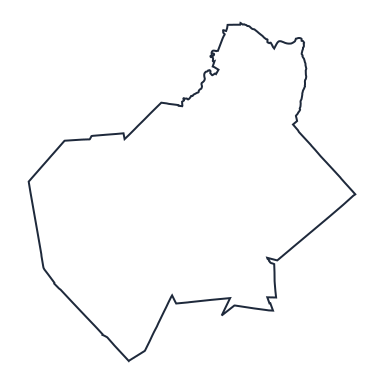 Co Do, Can Tho, Vietnam
{"feature_id": "81297802B1021983329449", "entity_name": "Co Do", "entity_type": "district", "adm_level": 2, "iso_a3": "VNM", "parent_name": "Vietnam", "parent_adm1": "Can Tho", "projection": "natural_earth1", "projection_center": [105.49, 10.13], "detail": "fine", "context": "isolated", "style": "outline", "palette": "slate", "viewbox_px": 384, "rotation_deg": 0, "n_neighbors": 0, "source": "geoboundaries", "source_scale": "gbopen_adm2", "svg_char_len": 5686}
<svg xmlns="http://www.w3.org/2000/svg" viewBox="0 0 384 384"><path d="M320.7,156.3L315.3,150.0L311.4,145.7L311.0,145.1L299.1,132.2L298.6,131.5L298.3,130.8L298.0,130.3L293.0,124.5L297.1,121.0L296.5,118.3L295.9,115.9L296.5,115.0L297.2,114.4L297.5,113.9L297.9,113.3L298.3,112.4L299.0,111.7L300.0,110.0L300.1,109.8L300.1,109.6L299.8,109.0L299.7,108.7L299.8,108.3L300.3,107.0L300.4,106.6L300.5,106.2L300.6,104.7L300.7,103.3L300.5,101.8L300.6,101.3L300.7,100.7L301.2,99.8L301.5,99.2L301.7,98.2L302.0,96.5L302.3,94.6L302.3,93.3L302.8,91.7L302.8,91.2L303.0,90.7L303.4,89.8L304.0,88.7L304.2,88.3L304.4,87.5L304.6,87.1L304.9,86.7L305.0,86.5L305.0,86.2L304.9,85.8L304.8,85.5L305.0,84.6L305.0,83.5L305.0,82.6L304.9,82.0L304.9,81.5L305.1,80.1L305.3,79.8L305.7,79.2L306.0,78.2L306.1,77.7L306.2,76.7L306.2,76.2L306.0,75.4L305.9,74.8L305.8,72.7L305.8,71.6L305.7,70.8L305.9,70.0L306.3,68.7L306.2,68.2L305.5,65.2L305.5,64.2L305.4,63.3L304.9,62.2L304.6,60.9L304.0,58.8L303.6,58.2L303.2,57.7L302.9,57.2L302.5,56.4L302.5,56.1L302.6,55.4L302.4,55.1L301.7,54.1L301.7,53.7L301.7,53.3L302.1,51.9L302.2,51.1L303.0,48.8L303.0,48.3L303.0,47.7L303.2,47.4L303.8,46.7L303.9,45.3L303.9,44.6L303.7,43.9L303.7,43.6L304.1,43.0L304.1,42.7L303.9,42.3L303.2,41.3L302.8,41.0L302.5,40.9L302.1,40.9L301.8,40.9L301.6,40.8L301.6,40.5L301.6,39.5L301.6,39.1L301.5,38.8L301.1,38.5L300.7,38.3L300.0,38.1L299.4,38.0L298.7,38.0L298.0,38.1L297.2,38.4L296.6,38.6L296.1,38.6L295.9,38.7L295.8,38.9L295.5,39.9L295.2,40.8L294.9,41.3L294.4,41.7L293.4,42.4L292.1,43.1L291.1,43.5L289.8,43.6L288.4,43.6L286.9,43.4L285.1,42.9L283.5,42.2L281.1,41.3L280.3,41.2L279.5,41.2L278.7,41.4L277.9,42.1L277.3,42.8L276.4,44.3L274.2,48.5L273.9,48.1L273.3,47.4L272.7,46.5L272.5,45.8L270.8,42.8L270.5,42.7L270.2,42.7L269.4,43.1L269.1,43.1L268.7,42.8L267.6,42.4L267.4,42.1L267.4,41.6L267.5,39.6L267.3,39.4L267.1,39.3L266.3,39.2L266.0,39.1L265.5,38.6L264.8,38.2L264.0,37.5L262.4,35.8L261.8,35.4L259.9,33.9L258.9,33.1L257.2,31.6L254.8,29.7L254.5,29.4L252.6,29.0L252.0,28.7L251.6,28.4L250.7,27.6L249.7,26.6L249.4,26.4L248.9,26.2L248.2,26.0L247.4,26.0L247.1,25.8L246.7,25.4L246.1,25.0L245.1,24.8L244.4,24.4L244.0,24.3L243.5,24.4L243.0,24.6L242.7,24.5L241.9,24.0L241.2,23.4L240.5,23.0L240.2,24.7L229.0,24.8L227.6,24.9L227.1,28.2L226.1,31.0L225.6,30.9L224.0,30.3L223.7,30.2L223.2,30.2L223.1,30.3L223.2,31.5L223.2,32.3L223.4,32.7L223.5,33.0L223.7,33.3L224.4,33.8L224.6,34.0L224.7,34.4L224.6,34.7L223.7,36.1L222.6,38.5L217.9,50.9L217.7,50.9L216.9,50.9L216.4,51.1L216.1,51.1L215.2,50.8L213.8,50.6L213.2,50.7L212.7,50.8L212.3,51.2L211.9,51.8L211.6,52.7L211.6,53.3L211.7,53.5L211.8,53.7L212.2,53.7L212.9,53.5L213.5,53.5L213.8,53.7L214.0,54.0L214.1,54.4L214.0,54.8L213.7,55.3L213.0,55.8L212.6,55.9L212.1,55.8L211.4,55.5L211.1,55.5L210.9,55.6L210.6,55.9L210.5,56.2L210.5,56.6L210.7,56.9L210.9,57.1L211.3,57.1L211.7,57.1L212.1,57.1L212.4,57.3L212.7,57.5L212.9,58.0L213.1,58.7L213.1,59.2L212.8,60.9L212.9,61.2L213.1,61.4L213.3,61.5L213.5,61.6L214.5,61.2L214.2,62.1L212.7,66.5L214.4,67.2L215.7,68.0L218.5,69.7L216.0,74.1L215.1,73.5L212.9,74.9L212.4,75.2L212.2,75.2L211.8,74.9L211.5,74.6L211.0,73.9L210.4,73.3L210.3,73.2L210.3,72.9L210.5,71.6L210.4,71.3L210.4,71.0L210.1,70.8L209.8,70.3L209.7,70.2L209.5,70.3L209.0,70.5L208.8,70.6L208.6,70.5L208.3,70.4L207.5,71.2L207.2,71.4L206.8,71.6L206.0,71.7L205.8,71.8L205.3,72.3L204.7,73.0L204.5,73.5L204.3,74.0L204.2,75.0L204.3,76.4L204.7,78.2L204.8,78.6L204.8,79.0L204.6,79.6L204.4,80.3L203.8,81.2L203.4,81.6L202.1,82.7L201.8,82.9L201.7,83.2L201.5,83.6L201.5,84.1L201.5,84.5L201.9,85.7L201.9,86.2L202.0,86.7L201.8,87.3L201.5,88.2L201.3,88.6L200.9,88.9L200.2,89.2L199.2,90.2L198.9,90.5L198.8,90.9L198.7,91.9L198.1,92.5L197.4,92.7L197.0,92.8L195.2,93.8L193.6,94.6L193.4,94.8L192.8,95.7L192.3,96.0L192.0,96.0L191.3,95.9L191.1,96.0L190.5,97.1L189.7,98.1L189.1,98.8L188.5,99.2L188.2,99.4L187.7,99.3L187.4,99.0L187.1,98.8L186.9,98.6L186.5,98.5L186.2,98.5L185.1,98.7L184.7,98.6L184.1,98.3L183.9,98.2L183.7,98.2L183.4,98.5L183.4,99.0L183.6,99.3L183.9,99.7L184.0,99.9L184.0,100.1L184.0,100.4L183.7,100.7L183.4,100.9L182.9,101.2L182.1,101.7L182.1,101.9L182.2,103.9L182.4,105.7L182.2,106.2L178.6,105.8L178.5,105.1L174.8,104.6L168.9,103.9L166.7,103.4L161.3,102.7L157.4,106.5L150.5,113.3L144.2,119.7L137.6,126.2L135.0,128.9L129.1,134.8L124.6,139.1L123.5,133.3L117.0,133.9L106.5,134.7L93.1,135.8L91.8,136.0L91.5,136.1L89.9,139.1L89.7,139.3L89.3,139.4L87.7,139.4L82.1,139.6L68.1,140.5L64.8,140.7L64.5,140.8L56.0,150.5L50.6,156.6L47.4,160.3L42.8,165.5L28.7,181.6L30.4,192.0L37.7,233.4L41.3,254.1L41.5,256.2L42.5,262.1L43.2,266.3L43.5,267.8L44.4,269.5L45.4,270.8L48.0,274.2L54.4,282.8L54.2,283.6L58.9,288.4L59.9,289.2L60.5,289.6L72.1,302.0L86.2,316.9L96.8,328.0L102.6,334.3L102.4,334.9L104.1,335.6L106.9,337.1L107.3,337.4L114.5,345.6L128.8,361.0L129.0,360.7L144.6,351.0L145.0,350.6L149.9,340.7L152.3,335.5L153.9,332.2L155.1,329.9L156.9,326.5L158.5,322.9L159.3,321.3L162.4,314.9L163.9,311.8L164.7,310.2L166.1,307.4L168.6,302.1L171.2,296.9L172.1,295.4L175.3,301.9L176.2,303.5L187.9,302.4L189.3,302.2L211.0,299.9L230.1,298.1L225.3,308.0L221.7,315.5L234.4,305.5L234.9,305.5L254.0,308.4L265.3,309.9L268.8,310.4L273.0,310.6L270.3,303.2L269.5,303.4L267.3,297.3L276.1,297.5L275.4,291.0L274.8,283.9L274.6,281.1L274.5,272.3L274.2,264.1L272.4,263.4L272.0,263.3L271.4,263.2L270.8,262.9L270.2,262.4L269.9,262.1L269.7,261.7L269.6,261.3L269.0,260.9L268.9,260.6L268.9,260.2L268.8,259.9L268.7,259.6L268.0,259.2L267.7,259.0L267.5,258.7L267.2,257.8L277.2,260.4L278.1,259.7L294.0,246.3L328.7,217.2L343.2,204.8L353.3,195.7L354.0,195.2L354.7,194.8L355.3,194.3L344.8,182.7L340.8,178.2L340.6,177.8L330.3,166.6L320.7,156.3Z" fill="none" stroke="#1e293b" stroke-width="2"/></svg>